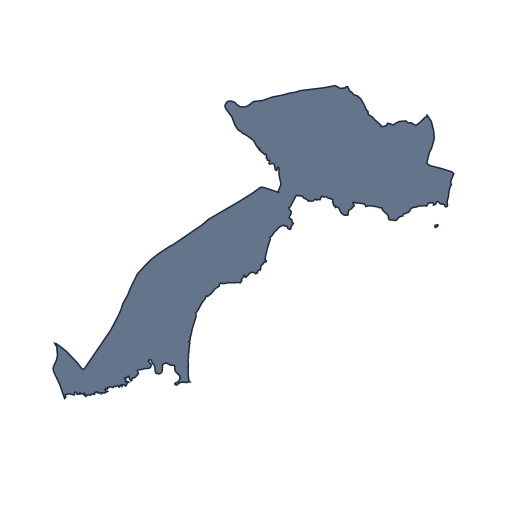 the district of Stueng Hav, Kaôh Kong, Cambodia, rotated 195°
{"feature_id": "14789045B13599773349639", "entity_name": "Stueng Hav", "entity_type": "district", "adm_level": 2, "iso_a3": "KHM", "parent_name": "Cambodia", "parent_adm1": "Kaôh Kong", "projection": "orthographic", "projection_center": [103.692, 10.797], "detail": "fine", "context": "isolated", "style": "filled", "palette": "slate", "viewbox_px": 512, "rotation_deg": 195, "n_neighbors": 0, "source": "geoboundaries", "source_scale": "gbopen_adm2", "svg_char_len": 6068}
<svg xmlns="http://www.w3.org/2000/svg" viewBox="0 0 512 512"><g transform="rotate(195 256 256)"><path d="M290.2,115.8L290.4,116.2L287.1,117.3L288.6,118.3L290.8,123.7L293.5,134.7L294.8,137.8L294.9,140.1L295.9,143.8L295.8,145.3L296.6,147.3L296.3,147.9L296.8,149.2L296.8,151.4L297.4,152.8L297.2,154.4L297.4,155.1L298.7,155.8L298.1,156.2L297.9,157.6L298.2,159.9L298.8,160.5L298.4,161.2L298.3,163.6L298.7,168.6L298.2,182.1L299.4,185.0L297.9,188.9L296.3,196.1L294.1,201.6L293.8,204.5L292.2,204.5L290.7,206.8L290.1,207.1L286.8,214.0L283.7,217.4L284.0,219.0L282.9,220.8L280.3,220.8L276.6,222.6L276.2,223.3L275.2,223.1L269.6,224.6L267.4,225.6L264.3,226.0L263.8,226.5L264.0,227.2L263.3,228.3L264.0,229.4L263.2,231.7L262.3,232.9L262.3,234.3L260.4,232.7L259.6,233.7L259.6,234.5L258.6,235.4L258.6,236.1L257.8,237.3L256.5,238.7L255.3,239.5L253.1,239.4L251.6,238.7L250.1,240.3L250.5,240.9L249.9,242.9L249.0,243.8L248.4,243.4L248.1,244.0L248.6,246.9L248.3,248.6L247.0,250.4L247.2,251.3L245.4,252.4L244.6,253.4L244.9,254.1L245.6,253.8L246.2,254.3L246.7,257.8L247.0,266.3L246.5,275.5L247.3,277.8L246.1,279.2L244.3,284.0L240.8,290.1L238.6,292.1L236.8,293.0L235.6,292.3L233.6,292.7L232.5,290.9L231.6,290.7L231.0,291.0L230.6,290.4L229.9,290.6L229.4,291.1L229.7,291.8L229.1,295.6L228.3,297.0L229.2,297.9L229.9,297.8L230.8,300.4L233.6,301.1L233.9,303.4L233.0,305.5L233.4,306.2L233.4,308.0L236.5,310.3L236.8,310.9L235.5,312.8L232.8,325.1L230.1,325.1L227.9,326.0L227.4,325.5L225.7,325.4L225.5,324.7L224.8,324.3L221.5,323.8L219.5,322.5L219.1,323.0L215.7,323.5L213.3,326.2L212.6,326.2L211.9,325.7L211.6,326.4L210.8,326.3L210.2,326.8L208.7,326.9L208.4,329.5L207.7,330.9L205.8,330.4L203.3,331.5L202.1,330.7L196.7,330.4L196.1,330.0L195.9,327.4L194.5,326.7L194.5,325.5L194.0,324.8L192.4,324.6L192.2,323.7L191.6,323.4L191.3,324.4L188.7,324.0L184.9,319.7L181.3,318.2L178.1,319.2L177.6,319.8L178.1,320.4L178.2,324.2L175.9,326.5L175.3,328.1L174.2,329.3L174.2,330.0L175.0,331.4L176.1,331.9L176.3,332.6L175.2,333.4L173.5,333.0L169.4,333.9L165.1,334.3L163.6,333.5L162.8,332.2L159.2,334.0L151.4,334.9L149.0,334.6L147.1,335.1L145.0,332.6L139.4,329.9L138.3,328.3L137.7,326.3L137.1,325.8L135.7,325.4L133.7,326.1L131.4,326.1L130.1,326.6L129.0,327.7L128.8,329.1L127.1,331.3L124.5,332.7L124.9,333.8L124.6,334.4L120.0,337.8L119.2,339.0L118.9,341.2L118.1,342.5L116.4,343.7L113.0,345.2L112.1,346.2L106.1,348.2L104.0,348.4L103.4,351.1L102.8,351.7L99.3,353.3L98.1,352.6L97.8,351.1L96.0,352.4L95.4,355.3L94.8,355.6L93.8,355.6L91.4,354.0L90.8,354.4L89.5,354.1L88.3,354.9L87.5,354.5L86.2,352.8L85.4,352.6L84.1,353.4L84.1,354.8L84.8,355.9L85.6,359.0L85.5,362.7L86.4,369.3L86.3,374.0L85.6,375.3L86.9,377.1L87.1,379.9L86.2,386.7L88.6,388.0L100.0,388.5L111.1,388.3L115.1,389.7L115.3,401.5L114.4,404.6L114.2,409.6L114.2,414.9L114.6,416.9L116.6,422.5L121.4,431.3L127.2,436.4L127.6,434.2L128.6,433.7L132.2,427.5L135.4,423.4L140.5,424.8L143.6,424.1L146.2,425.3L152.2,423.1L155.1,420.9L157.1,418.1L162.8,418.5L163.5,417.6L163.7,416.0L164.4,415.2L168.3,413.3L169.3,414.8L176.7,418.4L179.6,420.5L180.3,420.4L181.0,420.9L183.9,421.5L185.5,424.9L187.3,425.9L190.9,430.3L195.4,434.9L199.4,436.9L202.5,437.0L204.1,437.6L206.3,439.3L207.2,439.0L210.6,442.2L211.1,443.2L212.7,442.9L213.8,441.2L218.2,439.7L223.5,441.1L233.7,436.2L256.1,427.2L259.8,424.7L266.3,421.7L272.4,418.1L281.3,413.8L290.3,407.7L298.5,404.5L301.9,399.9L303.8,398.1L306.0,396.8L309.6,396.1L313.5,397.2L316.2,398.9L320.1,399.3L322.9,398.3L324.2,396.8L324.9,394.4L324.8,392.6L323.3,390.4L315.3,384.1L310.3,377.1L306.3,373.4L304.9,372.7L302.5,372.3L300.6,371.0L296.5,370.2L288.2,366.9L283.5,361.9L282.2,361.3L281.7,360.4L280.6,360.8L280.2,360.3L280.4,359.4L279.8,358.9L279.1,359.2L277.6,357.8L276.4,357.7L274.0,356.2L273.2,356.9L272.3,356.4L271.8,355.7L271.6,353.5L270.4,353.2L269.9,351.7L269.2,351.4L267.7,351.9L267.3,348.7L266.5,348.2L264.5,349.6L262.8,349.6L262.2,349.1L261.3,347.9L259.9,344.6L258.9,343.8L258.1,344.1L258.2,346.4L257.8,347.6L257.1,347.5L256.4,346.3L254.9,340.5L250.4,331.8L251.3,324.5L250.7,323.3L266.4,324.2L269.2,323.7L269.7,323.2L275.4,316.1L285.9,304.8L311.4,279.1L316.1,272.1L339.8,244.6L341.3,243.6L350.8,232.9L356.4,225.4L361.0,217.5L366.0,207.7L369.1,191.9L369.7,185.8L372.3,175.3L372.5,169.7L373.4,163.5L377.2,146.6L392.6,102.6L393.5,101.8L395.0,102.1L401.1,106.7L414.4,114.8L422.3,118.2L426.4,119.6L427.9,119.5L425.0,116.8L422.0,108.5L421.8,103.8L423.0,96.9L422.7,94.2L421.2,91.6L412.0,80.6L404.0,68.8L403.3,70.2L403.7,70.2L404.0,73.2L402.6,73.4L401.8,74.2L400.4,74.6L395.6,74.7L395.3,75.4L395.9,76.3L395.9,77.2L395.5,77.8L393.7,77.5L393.3,76.3L392.5,76.1L392.1,76.6L390.3,76.9L390.7,78.0L390.3,78.3L386.3,77.4L386.2,79.0L385.3,78.5L384.6,76.4L384.1,76.2L382.9,78.0L382.1,78.7L380.0,78.6L378.5,80.3L376.1,80.6L376.4,82.2L375.9,82.9L375.0,82.9L374.9,83.6L373.9,83.7L373.3,82.9L372.4,82.7L371.4,83.7L369.7,83.6L369.7,83.0L368.4,84.3L366.8,84.4L364.4,86.7L366.3,86.8L367.4,87.5L366.8,88.3L366.9,89.4L365.5,89.7L365.2,89.0L364.9,89.6L365.0,90.7L364.0,91.0L363.2,92.1L360.0,91.9L359.7,93.3L357.3,93.7L356.4,95.1L355.1,95.0L354.7,93.9L354.0,94.0L353.1,96.9L352.2,96.6L351.7,95.3L350.8,97.5L349.6,97.5L348.8,96.6L348.3,96.6L347.8,97.4L347.5,100.1L346.1,101.2L348.2,101.6L349.5,100.8L349.9,102.2L349.7,103.1L350.2,103.7L350.8,103.5L351.4,104.1L348.7,105.5L348.4,106.9L347.8,106.7L345.9,103.9L344.3,103.1L343.7,103.7L344.2,105.5L343.9,106.1L341.8,106.9L339.3,111.2L339.3,112.6L340.8,114.3L340.8,115.0L340.2,115.6L337.5,116.5L335.1,118.1L330.4,119.8L329.1,121.1L328.9,123.5L329.7,124.5L332.7,126.6L332.7,127.4L331.3,128.6L330.5,128.5L328.4,125.7L325.9,123.8L324.6,122.0L323.9,119.3L322.6,117.1L320.8,116.8L319.3,117.1L317.8,117.9L317.0,119.2L316.9,121.3L317.9,125.6L317.8,127.4L316.5,128.6L314.7,129.4L309.9,128.3L307.1,129.1L305.9,128.7L305.4,126.2L304.1,123.7L298.3,120.2L297.8,117.6L298.1,115.5L299.6,113.4L301.0,112.6L301.4,111.4L300.7,110.8L299.3,110.8L298.6,111.3L297.7,113.1L295.1,114.9L290.2,115.8ZM88.5,333.3L91.0,331.9L90.6,330.2L89.8,330.0L89.2,330.5L88.0,332.5L88.5,333.3Z" fill="#64748b" stroke="#1e293b" stroke-width="1.5"/></g></svg>